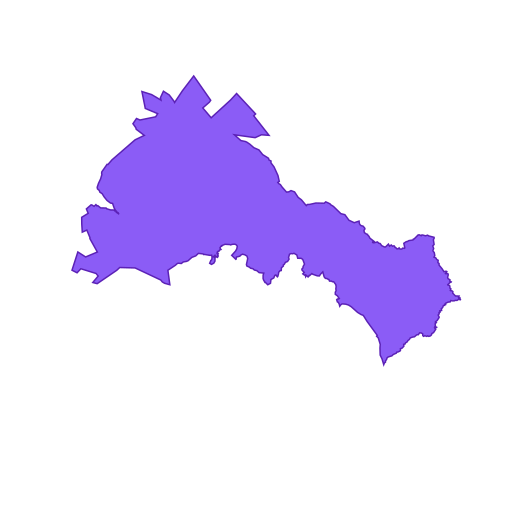 Temascaltepec, México, Mexico, rotated 217°
{"feature_id": "50627088B67806345736570", "entity_name": "Temascaltepec", "entity_type": "district", "adm_level": 2, "iso_a3": "MEX", "parent_name": "Mexico", "parent_adm1": "México", "projection": "albers", "projection_center": [-100.05, 19.108], "detail": "fine", "context": "isolated", "style": "filled", "palette": "violet", "viewbox_px": 512, "rotation_deg": 217, "n_neighbors": 0, "source": "geoboundaries", "source_scale": "gbopen_adm2", "svg_char_len": 6054}
<svg xmlns="http://www.w3.org/2000/svg" viewBox="0 0 512 512"><g transform="rotate(217 256 256)"><path d="M307.5,181.2L317.8,191.6L314.8,200.1L314.3,202.7L313.7,203.5L311.1,205.1L310.5,207.5L308.4,209.7L307.4,211.3L306.4,216.3L304.2,219.8L303.6,223.4L299.6,225.8L298.6,225.7L298.2,226.2L293.0,228.9L291.9,230.0L290.5,228.7L289.4,227.0L289.2,225.7L289.4,225.3L288.6,222.3L286.5,222.5L285.4,224.9L285.7,227.2L287.5,229.7L288.4,230.0L289.6,229.7L289.2,231.9L287.6,231.2L287.3,231.2L287.2,231.7L286.0,231.7L286.0,232.6L286.6,233.0L286.4,233.4L287.2,233.8L287.5,235.0L288.4,234.6L288.5,235.2L288.9,235.1L289.3,236.0L289.0,236.5L289.1,236.9L288.5,237.4L288.7,238.8L287.9,240.1L289.7,240.7L289.8,242.6L289.3,243.1L289.7,243.5L287.8,246.7L283.9,249.3L282.9,249.6L282.1,250.9L280.7,252.2L279.6,252.9L278.1,253.0L276.8,252.5L275.6,250.0L275.3,247.6L275.8,241.9L270.1,241.2L270.0,241.5L271.0,243.4L268.8,246.1L268.7,247.5L267.9,249.3L265.8,250.2L263.2,250.5L261.1,249.0L258.5,243.4L257.3,242.5L254.6,243.1L252.9,243.0L250.8,244.0L248.9,243.8L246.5,244.8L243.5,244.6L239.5,247.0L238.8,245.0L236.8,242.3L235.7,241.5L233.0,240.3L232.8,240.6L229.3,240.1L228.0,242.9L229.9,246.2L228.6,249.2L229.3,251.8L228.7,252.8L226.4,252.2L226.3,252.8L227.1,254.9L228.1,256.7L227.9,258.8L227.1,259.6L228.6,261.9L228.1,264.4L228.8,265.4L228.4,266.5L228.7,268.6L227.5,270.6L227.7,273.4L229.1,274.4L230.3,277.6L229.5,279.0L228.0,279.9L227.3,281.0L224.0,281.4L221.3,279.3L218.6,281.3L216.8,281.4L215.8,280.9L212.4,278.7L212.1,276.0L211.3,274.8L211.6,273.7L211.3,272.9L210.7,272.4L207.6,271.9L207.9,269.9L205.8,269.9L205.3,270.6L203.9,269.4L204.1,270.8L201.8,270.6L201.8,272.5L201.4,272.5L200.8,275.6L199.6,275.6L195.2,277.0L193.4,278.2L193.5,280.6L193.1,283.5L189.1,280.4L187.9,280.0L186.8,280.0L185.8,280.7L184.3,280.8L183.7,281.1L182.2,280.2L180.5,281.4L179.5,281.4L178.5,282.2L175.1,281.2L173.6,279.8L172.4,277.7L171.2,276.6L170.9,274.8L169.6,273.1L167.1,273.2L163.9,272.1L164.6,270.8L165.1,270.7L165.3,269.7L163.4,268.3L162.5,268.5L160.8,267.8L158.9,266.3L158.9,268.2L158.4,269.6L155.4,271.5L152.7,272.5L149.4,272.8L141.0,272.1L136.7,272.5L135.0,273.1L133.9,272.9L127.9,270.6L111.4,265.6L111.4,264.5L109.1,264.2L103.6,260.2L101.6,257.1L97.2,251.6L93.5,249.7L88.6,246.1L89.1,247.9L88.7,249.1L89.5,250.3L89.4,251.8L90.0,253.4L89.7,254.9L87.4,258.0L87.1,260.0L85.5,262.8L85.7,264.0L84.9,264.7L83.8,266.7L83.9,267.7L84.9,268.9L83.9,270.3L83.6,272.9L84.9,274.3L84.0,275.4L84.3,276.6L83.6,278.3L83.8,280.0L83.3,281.6L83.5,283.4L82.3,285.3L80.8,286.9L80.3,289.4L79.9,290.2L79.0,290.8L79.1,293.1L77.6,294.0L76.1,294.2L74.9,292.8L73.8,292.7L73.2,293.9L71.2,294.6L70.9,295.5L69.6,295.8L68.6,297.2L68.4,298.6L68.9,300.0L68.1,301.6L68.4,305.6L70.2,306.1L70.1,306.8L68.8,307.5L68.8,307.8L70.7,307.5L70.8,308.3L72.1,309.6L72.0,311.3L72.9,311.1L73.1,311.4L72.5,313.6L72.7,316.7L72.9,317.4L75.0,318.5L74.9,320.1L75.7,320.8L75.8,321.3L75.2,322.1L76.2,322.9L75.0,324.2L76.3,325.5L76.0,326.3L76.0,327.5L76.5,329.0L76.3,329.6L75.6,330.1L76.2,331.1L75.4,331.5L76.0,332.6L75.8,333.0L74.8,334.8L73.3,336.2L73.6,337.7L72.2,338.3L70.6,339.6L70.3,340.4L68.7,341.6L68.2,343.2L65.9,344.4L66.8,344.2L68.0,345.3L68.6,344.4L69.2,344.5L69.7,346.2L72.7,344.1L76.5,344.7L77.4,346.1L78.5,346.1L79.9,345.4L80.2,345.5L80.5,347.0L81.8,347.1L83.2,348.7L83.7,348.9L85.2,348.3L85.6,348.5L85.1,351.6L84.5,352.4L84.5,352.8L86.2,352.6L86.7,353.7L89.1,353.5L90.2,354.4L91.1,356.6L91.9,357.3L93.0,357.1L93.5,356.2L94.1,356.0L94.3,358.4L95.1,358.2L96.5,356.6L99.7,357.8L104.3,358.9L105.3,360.2L106.8,360.2L107.9,362.2L109.6,362.0L111.3,362.7L113.1,362.2L113.5,364.0L115.7,366.0L117.6,366.5L118.0,366.8L118.6,368.9L120.9,370.4L120.7,372.4L124.1,375.7L124.5,377.6L125.1,378.1L130.1,376.0L131.5,375.9L132.8,374.1L135.5,373.1L136.2,372.6L136.3,371.6L138.1,371.3L139.2,370.4L140.0,364.6L140.5,364.2L140.3,363.2L143.1,360.4L144.0,358.4L144.6,358.0L145.6,355.1L142.0,352.0L142.1,351.4L143.6,350.6L143.7,349.5L144.2,348.8L145.4,348.2L146.6,348.6L146.8,347.3L147.8,346.5L148.6,346.8L150.2,346.5L150.5,346.9L151.9,347.2L153.0,345.9L154.6,346.2L155.3,344.2L157.4,345.2L158.0,341.2L158.9,340.5L161.9,339.9L164.3,340.7L165.5,340.1L167.5,340.3L169.9,337.4L170.8,337.0L171.1,337.1L171.2,337.6L170.2,338.4L170.3,338.7L175.8,338.8L177.6,339.7L179.7,340.1L180.0,340.4L181.0,340.0L183.5,339.9L185.2,341.4L185.3,343.1L185.7,343.6L188.3,344.3L190.5,343.5L191.8,343.6L192.9,344.1L194.7,345.9L197.6,341.7L203.3,340.5L209.9,342.5L213.7,340.9L224.0,342.2L227.2,341.9L227.9,342.2L229.9,341.9L232.9,341.2L233.3,339.2L240.1,334.3L244.1,329.6L246.0,328.0L246.2,326.5L253.5,328.2L257.6,328.2L263.8,330.4L267.4,329.3L268.4,327.0L270.1,325.4L276.8,326.8L279.5,327.7L281.4,327.5L282.9,327.9L282.3,329.6L286.9,333.5L295.2,338.0L300.1,339.4L301.2,340.9L303.3,340.5L304.9,341.6L311.7,341.0L317.5,342.5L322.9,341.2L328.3,341.6L331.9,341.4L333.5,341.0L337.5,339.1L346.2,339.8L327.9,350.0L324.6,356.1L318.2,360.2L342.2,366.6L341.8,369.2L369.3,374.1L370.2,365.1L375.0,339.4L387.6,342.2L385.8,350.8L385.9,353.1L414.1,362.3L414.2,343.7L413.4,329.6L414.8,330.3L422.2,332.4L429.1,331.9L427.6,324.9L425.7,323.3L436.5,322.1L446.1,318.7L433.2,307.2L420.2,310.5L419.9,306.8L430.5,294.8L434.2,293.9L433.9,287.6L429.2,286.1L427.9,285.1L417.8,285.1L422.5,276.0L428.9,246.1L429.3,240.0L430.1,239.6L429.8,230.5L429.2,229.3L428.1,228.3L426.5,224.0L425.5,219.2L424.2,215.3L423.0,214.2L420.6,214.0L419.1,213.0L416.4,213.2L412.8,211.8L408.4,210.7L404.1,210.7L402.2,211.7L398.1,208.9L395.6,207.9L394.3,207.7L393.6,207.3L392.2,207.6L391.9,207.1L390.4,207.0L394.0,206.9L394.4,207.6L395.9,207.0L397.2,207.2L399.8,205.3L403.6,203.9L404.6,204.1L409.0,200.9L412.7,201.0L413.2,200.3L414.8,200.7L415.2,198.2L417.8,198.0L418.5,197.6L419.8,191.5L415.7,189.1L418.5,182.0L414.4,176.7L409.1,170.5L406.7,174.9L399.6,170.7L399.1,169.9L385.1,163.7L391.5,152.7L400.7,152.0L394.4,133.9L388.8,134.9L388.2,140.4L373.2,145.8L370.0,145.0L370.4,136.6L366.2,138.3L358.6,160.8L357.9,164.8L345.4,173.7L317.6,179.5L315.2,178.9L312.6,179.2L307.5,181.2Z" fill="#8b5cf6" stroke="#5b21b6" stroke-width="1.5"/></g></svg>